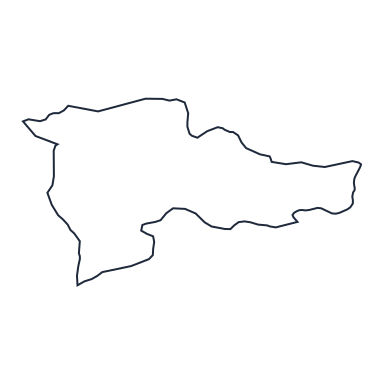 SVG path tracing the border of Agri
{"feature_id": "TUR-2307", "entity_name": "Agri", "entity_type": "Province", "adm_level": 1, "iso_a3": "TUR", "parent_name": "Turkey", "parent_adm1": "", "projection": "robinson", "projection_center": [43.45, 39.496], "detail": "fine", "context": "isolated", "style": "outline", "palette": "slate", "viewbox_px": 384, "rotation_deg": 0, "n_neighbors": 0, "source": "natural_earth", "source_scale": "10m", "svg_char_len": 1578}
<svg xmlns="http://www.w3.org/2000/svg" viewBox="0 0 384 384"><path d="M361.0,164.3L360.9,165.0L360.0,167.4L354.9,177.2L354.2,179.7L353.9,182.8L354.2,185.5L354.7,187.9L354.6,190.2L353.1,192.4L352.3,196.6L352.9,200.2L352.8,203.6L350.2,207.4L347.3,209.4L339.3,212.9L335.9,213.7L331.9,213.4L321.2,208.3L317.5,207.9L309.1,210.0L305.6,210.4L302.1,210.0L299.7,210.1L297.4,210.9L294.2,212.7L292.5,215.0L293.5,217.3L297.5,221.9L275.7,227.4L269.8,226.4L267.2,225.4L258.1,224.6L250.5,222.3L244.6,221.4L238.7,222.1L234.3,225.3L230.4,229.1L225.0,229.0L211.6,226.5L204.6,222.3L195.7,213.5L185.1,208.9L173.1,208.3L166.4,213.1L160.6,220.2L155.4,221.9L146.2,223.6L142.4,225.0L141.2,230.6L147.0,233.9L153.1,236.3L154.2,242.0L153.2,248.6L152.8,255.1L149.0,259.1L131.0,266.1L102.3,272.1L97.1,276.0L91.6,279.1L84.3,281.4L77.5,285.3L77.0,275.6L78.3,266.2L79.9,258.9L79.8,256.0L78.9,253.4L79.8,241.2L74.3,233.5L70.4,229.9L67.7,224.6L63.0,219.5L58.1,215.2L51.7,204.7L47.4,192.8L52.4,185.3L53.9,176.4L53.7,150.7L55.4,145.7L57.5,144.3L35.5,136.0L23.0,121.4L28.5,119.3L40.0,121.2L45.7,119.4L49.1,114.9L52.7,113.4L54.7,113.1L58.8,113.2L63.9,110.4L68.2,105.8L98.1,111.4L145.5,98.7L162.4,98.9L169.5,100.6L176.5,99.3L184.7,102.5L188.2,113.2L187.4,122.2L187.4,126.7L189.6,133.8L192.0,135.8L197.4,137.7L207.2,131.2L217.7,127.2L222.6,128.2L224.7,129.8L229.9,132.0L233.0,132.0L238.1,135.4L241.5,142.4L246.1,148.1L259.9,154.3L269.7,156.4L270.8,159.1L271.7,161.9L286.0,164.2L301.3,162.3L312.9,165.7L324.8,167.0L352.4,161.1L358.5,162.5L360.9,164.2L361.0,164.3Z" fill="none" stroke="#1e293b" stroke-width="2"/></svg>